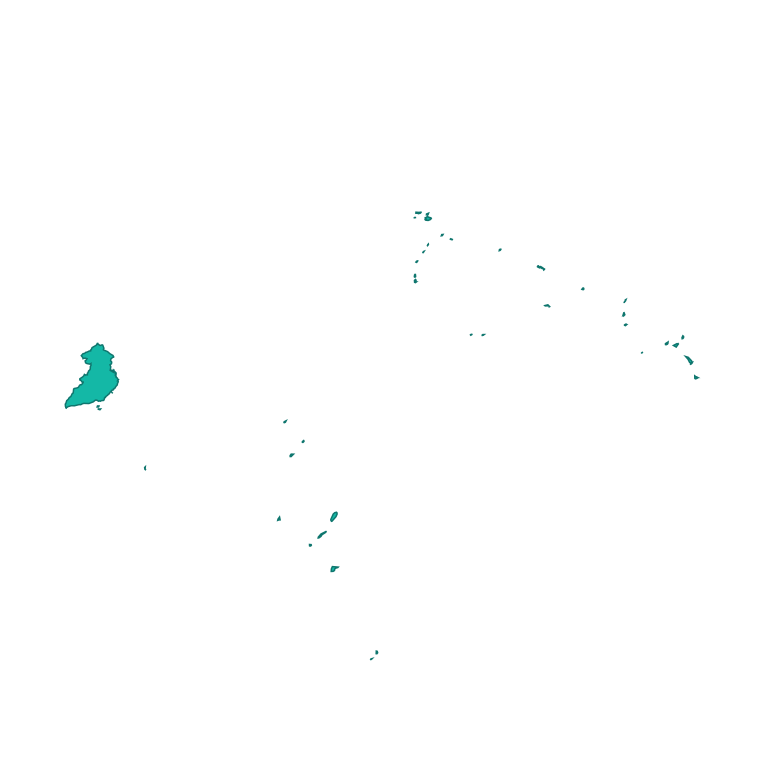 the district of Pangkajene Dan Kepulauan, Sulawesi Selatan, Indonesia, rotated 232°
{"feature_id": "22746128B84288456023840", "entity_name": "Pangkajene Dan Kepulauan", "entity_type": "district", "adm_level": 2, "iso_a3": "IDN", "parent_name": "Indonesia", "parent_adm1": "Sulawesi Selatan", "projection": "natural_earth1", "projection_center": [118.667, -6.124], "detail": "fine", "context": "isolated", "style": "filled", "palette": "teal", "viewbox_px": 768, "rotation_deg": 232, "n_neighbors": 0, "source": "geoboundaries", "source_scale": "gbopen_adm2", "svg_char_len": 6188}
<svg xmlns="http://www.w3.org/2000/svg" viewBox="0 0 768 768"><g transform="rotate(232 384 384)"><path d="M560.6,118.8L560.9,119.6L560.6,120.7L560.3,120.6L560.6,120.8L560.6,121.2L559.5,124.1L557.4,126.7L555.5,131.0L554.4,132.3L554.1,134.2L553.5,135.6L550.3,139.4L548.9,144.0L549.0,146.6L548.0,147.8L546.2,148.4L545.9,149.3L545.1,149.8L544.8,151.2L543.7,152.9L543.9,153.7L545.1,155.2L544.9,156.0L545.2,156.0L545.3,156.8L544.9,156.8L545.4,157.0L545.3,159.4L545.6,160.4L545.4,161.3L546.2,163.5L545.9,164.3L543.6,164.5L546.1,164.3L546.3,164.7L546.6,165.7L546.1,166.8L546.5,167.5L546.2,167.6L546.6,168.9L546.4,169.7L547.1,171.0L547.5,173.3L548.3,174.0L549.4,176.0L550.3,176.3L550.6,176.0L550.9,177.5L552.0,177.2L552.8,177.5L554.6,177.1L555.1,177.8L556.0,177.5L556.5,178.6L557.5,178.4L557.6,178.7L557.1,178.7L557.0,179.2L557.8,179.7L559.3,179.5L559.5,178.2L560.0,178.1L560.3,178.2L560.3,179.0L561.1,179.8L561.4,179.6L560.9,179.0L561.6,179.1L561.2,178.5L562.1,178.0L561.6,177.8L561.4,177.5L562.0,177.5L562.0,176.6L562.1,177.1L562.6,176.9L562.9,177.1L563.3,176.7L565.8,179.3L567.9,179.9L567.7,181.6L568.4,182.5L569.2,183.0L570.6,182.8L571.9,184.2L572.0,186.9L571.6,187.4L571.8,187.7L573.4,188.0L576.5,186.7L579.7,186.1L583.6,183.9L584.2,184.3L584.6,185.3L587.7,186.3L588.4,186.0L588.9,184.4L589.6,183.7L590.6,183.6L591.4,183.0L592.1,183.5L592.5,183.1L591.7,181.2L592.4,176.4L591.3,174.4L591.4,173.8L590.7,173.2L591.5,172.0L592.0,169.3L592.5,168.8L592.5,166.8L593.2,165.5L592.7,162.9L590.0,162.9L589.3,162.4L588.4,164.4L586.8,165.6L586.1,163.7L586.2,162.7L584.4,161.9L583.0,162.5L580.9,164.3L580.6,165.5L580.3,165.0L579.8,165.1L579.0,164.5L578.6,163.4L576.7,161.8L576.3,161.0L576.1,159.1L575.2,157.9L575.1,156.9L573.8,155.9L574.8,154.6L574.8,154.2L576.0,153.8L575.3,152.6L575.1,150.8L575.4,147.6L575.0,147.2L574.4,147.3L574.3,146.9L572.8,147.5L571.7,147.2L571.1,147.6L571.0,148.1L570.5,148.0L569.9,146.4L569.8,144.9L570.3,144.4L570.4,143.3L569.5,141.2L570.0,139.4L571.2,137.1L571.1,136.3L568.3,133.6L568.4,132.5L566.9,129.4L567.1,128.0L566.8,126.7L566.4,126.3L566.2,123.7L564.5,121.2L564.4,120.5L562.5,119.2L561.9,119.2L561.2,118.6L560.6,118.8ZM309.0,258.1L308.1,258.1L307.9,258.6L309.0,264.4L310.4,267.0L311.6,267.7L312.2,267.6L312.9,266.0L312.8,264.0L310.0,258.7L309.0,258.1ZM267.9,235.2L271.9,230.9L270.7,228.7L268.8,227.0L267.7,228.5L267.5,230.1L268.7,231.5L268.5,232.9L267.8,234.6L267.9,235.2ZM488.1,517.6L487.3,517.8L485.7,519.5L485.1,521.5L485.0,522.0L485.5,522.6L485.3,523.1L486.1,523.3L486.9,522.6L486.5,522.6L486.7,522.4L487.1,522.5L488.2,521.7L489.3,521.5L489.0,521.2L489.3,520.9L489.3,519.5L489.7,518.9L488.9,518.3L487.8,518.9L487.4,518.4L487.6,517.9L488.1,517.9L488.1,517.6ZM212.8,638.1L211.9,638.5L211.5,639.6L212.1,640.5L213.1,640.6L217.7,640.2L220.0,638.6L216.2,638.8L212.8,638.1ZM303.4,248.0L304.6,242.0L303.8,238.0L303.2,237.3L302.8,238.0L302.7,240.4L303.4,242.4L303.0,246.6L303.4,248.0ZM236.2,635.8L233.2,637.0L234.3,640.6L234.7,640.6L234.6,640.1L235.4,639.7L235.6,639.0L236.2,635.8ZM381.2,577.3L379.6,578.2L379.7,578.6L380.6,578.0L379.2,579.2L377.6,579.7L377.5,580.0L377.3,580.2L376.2,580.4L375.5,580.1L375.5,581.0L375.8,581.3L377.3,580.5L378.0,580.7L378.7,580.2L380.1,579.8L380.5,579.1L380.4,578.5L381.8,578.0L381.2,577.3ZM500.2,514.4L499.0,515.5L498.6,515.4L499.0,514.8L498.8,514.4L498.0,515.5L497.1,515.9L496.3,517.6L496.2,518.0L496.6,518.4L496.3,519.5L497.7,517.2L500.2,514.4ZM197.1,632.4L196.4,632.5L195.9,633.5L195.7,634.8L196.4,634.8L196.1,635.2L196.8,634.9L196.6,634.6L199.1,633.9L197.1,632.4ZM384.4,269.5L385.9,267.7L385.4,266.0L384.6,265.4L384.0,266.1L384.4,269.5ZM446.9,471.8L445.3,470.7L444.5,471.2L444.5,472.2L444.7,471.9L446.1,473.2L447.0,473.2L446.9,471.8ZM342.0,216.3L341.6,217.5L340.9,218.5L343.5,219.8L342.8,217.3L342.0,216.3ZM242.3,630.4L241.7,630.1L241.2,630.6L240.9,631.8L241.1,632.6L241.9,632.8L241.8,633.3L242.0,633.5L241.9,632.6L242.2,632.5L242.2,634.1L242.5,631.1L242.3,631.1L242.3,630.4ZM237.1,647.4L236.1,646.8L235.8,647.5L236.1,648.6L237.1,649.4L238.0,649.2L237.1,647.4ZM178.3,213.5L176.3,211.8L175.8,212.4L176.1,213.5L177.5,214.1L178.3,213.5ZM292.5,616.8L291.1,614.8L291.1,615.6L291.0,615.0L290.1,614.8L290.3,616.4L292.4,617.1L292.5,616.8ZM451.0,476.2L451.3,475.9L451.1,475.2L449.8,473.9L449.3,474.0L449.0,474.7L449.2,475.1L451.0,476.2ZM302.3,225.7L301.8,225.9L301.5,226.7L301.7,227.5L302.3,227.7L303.4,226.5L302.3,225.7ZM346.8,559.0L346.3,559.1L344.4,561.7L343.7,562.0L343.1,561.7L343.0,562.2L345.5,561.9L346.8,559.0ZM491.2,521.6L490.3,522.9L491.2,524.3L491.8,522.2L491.2,521.6ZM336.8,598.2L336.3,598.5L336.1,599.2L335.9,598.9L335.7,599.0L335.6,599.6L336.0,600.1L336.8,600.3L337.2,599.7L336.8,598.2ZM282.2,609.7L281.3,610.2L281.4,611.8L281.8,611.4L282.2,611.6L282.4,611.2L282.5,609.9L282.2,609.7ZM415.2,281.5L414.8,281.8L414.6,282.8L415.3,284.3L415.7,282.1L415.2,281.5ZM388.3,283.8L387.9,284.1L387.9,285.0L388.2,285.8L388.9,285.9L388.9,284.3L388.3,283.8ZM465.5,522.6L466.2,521.5L465.5,520.4L465.0,521.4L465.5,522.6ZM543.1,144.7L542.5,143.8L541.7,144.8L541.7,145.3L542.2,145.9L543.1,144.7ZM418.7,558.6L418.8,557.7L418.1,556.9L417.8,557.8L418.0,558.6L418.2,559.0L418.7,558.6ZM460.4,484.2L459.7,484.6L460.2,486.3L460.5,486.1L460.7,485.1L460.4,484.2ZM455.3,527.2L457.4,526.0L457.3,525.5L456.3,525.9L455.3,527.2ZM301.5,626.5L300.5,623.5L299.9,623.2L300.5,623.7L300.8,625.5L301.6,626.8L301.7,626.0L301.5,625.9L301.5,626.5ZM540.0,143.3L538.6,144.3L538.8,145.3L540.1,143.6L540.8,143.5L540.0,143.3ZM362.0,490.7L361.3,492.3L361.3,493.4L362.1,492.4L362.1,492.2L361.7,492.5L362.0,490.7ZM174.9,205.7L175.4,204.5L175.0,203.4L174.8,205.0L174.9,205.7ZM464.1,143.1L463.4,143.2L463.5,143.5L464.4,143.6L465.7,144.9L465.6,144.0L464.1,143.1ZM464.1,496.6L463.4,495.0L463.5,496.2L463.9,497.3L464.1,496.6ZM467.0,505.1L466.9,504.4L466.3,503.4L466.2,503.4L466.5,504.8L467.0,505.1ZM369.5,482.4L369.0,482.4L368.8,484.3L369.5,483.1L369.5,482.4ZM249.9,606.1L249.6,605.7L249.9,607.7L249.9,606.1ZM496.4,510.2L495.8,509.8L496.2,510.1L495.5,511.8L496.4,510.6L496.4,510.2ZM210.7,639.2L211.0,637.9L210.7,637.2L210.7,639.3L211.1,640.2L211.2,639.8L210.7,639.2ZM381.6,576.6L382.2,577.7L381.7,579.1L382.3,577.7L381.6,576.6Z" fill="#14b8a6" stroke="#0f766e" stroke-width="1.5"/></g></svg>